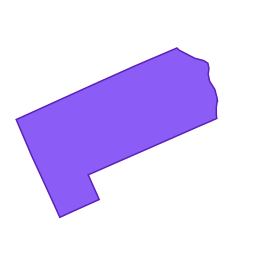 outline of Racine, Wisconsin, United States of America, rotated 336°
{"feature_id": "52423323B56497916427340", "entity_name": "Racine", "entity_type": "district", "adm_level": 2, "iso_a3": "USA", "parent_name": "United States of America", "parent_adm1": "Wisconsin", "projection": "natural_earth1", "projection_center": [-87.993, 42.727], "detail": "fine", "context": "isolated", "style": "filled", "palette": "violet", "viewbox_px": 256, "rotation_deg": 336, "n_neighbors": 0, "source": "geoboundaries", "source_scale": "gbopen_adm2", "svg_char_len": 556}
<svg xmlns="http://www.w3.org/2000/svg" viewBox="0 0 256 256"><g transform="rotate(336 128 128)"><path d="M29.3,74.8L29.3,75.5L28.7,114.3L28.7,114.9L29.1,143.3L29.1,145.1L29.3,168.4L29.4,181.9L42.6,181.7L72.6,181.6L72.6,154.6L191.7,155.2L198.2,155.3L213.0,155.4L214.0,152.0L217.0,145.2L219.8,140.6L220.0,140.2L220.6,140.2L221.6,136.8L223.0,127.9L221.6,118.5L222.4,114.9L223.1,111.5L226.2,106.5L227.3,101.3L224.7,97.3L217.3,91.4L206.5,77.9L205.2,74.8L159.3,74.1L116.1,74.2L72.7,74.5L29.3,74.8Z" fill="#8b5cf6" stroke="#5b21b6" stroke-width="1.5"/></g></svg>